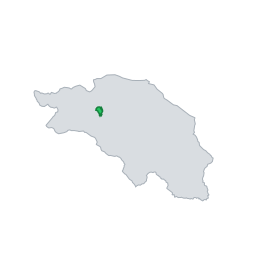 Darxan, Hentiy, Mongolia shown in context, rotated 202°
{"feature_id": "93677404B15317120732328", "entity_name": "Darxan", "entity_type": "district", "adm_level": 2, "iso_a3": "MNG", "parent_name": "Mongolia", "parent_adm1": "Hentiy", "projection": "orthographic", "projection_center": [109.184, 46.592], "detail": "fine", "context": "in_parent", "style": "filled", "palette": "green", "viewbox_px": 256, "rotation_deg": 202, "n_neighbors": 0, "source": "geoboundaries", "source_scale": "gbopen_adm2", "svg_char_len": 4237}
<svg xmlns="http://www.w3.org/2000/svg" viewBox="0 0 256 256"><g transform="rotate(202 128 128)"><path d="M28.6,90.5L29.3,90.7L30.6,90.1L31.0,89.0L31.5,88.4L34.2,88.8L35.2,89.5L35.6,88.8L35.8,88.8L36.3,89.5L37.0,89.4L37.5,89.3L38.1,88.5L38.9,88.9L40.7,88.3L41.1,86.5L41.8,86.3L43.2,86.3L43.6,85.5L43.9,85.4L44.9,85.4L46.9,84.9L47.7,85.1L48.5,84.4L50.3,83.8L52.6,83.8L52.9,83.4L55.4,82.3L57.7,82.7L58.6,81.4L58.9,81.4L60.1,83.4L60.8,83.3L61.2,82.7L62.2,82.9L62.3,84.2L62.7,84.7L69.3,86.5L69.5,87.0L69.3,89.8L70.3,91.3L70.5,91.9L72.4,92.1L73.3,93.3L74.9,93.5L75.7,94.0L77.5,93.3L77.8,93.4L78.3,93.9L79.1,93.7L80.4,94.9L81.6,94.9L82.1,95.4L82.8,95.2L84.4,95.7L85.5,97.3L86.5,97.4L87.7,96.6L88.1,96.0L89.7,95.9L90.7,95.4L91.4,94.9L92.6,92.9L93.1,90.7L92.4,90.3L91.8,89.5L91.6,88.2L91.6,87.4L91.1,86.1L91.2,85.5L91.8,84.5L92.3,82.8L93.0,81.9L94.1,81.5L94.4,80.8L95.2,79.6L97.0,79.1L98.2,77.7L98.9,76.3L99.6,77.2L101.6,78.5L103.4,79.2L104.4,80.4L107.6,81.1L112.6,84.2L113.8,84.2L116.8,85.6L117.1,86.0L116.9,87.9L117.1,88.5L117.0,90.6L117.5,91.7L117.2,93.0L117.5,93.4L118.2,93.6L119.4,95.0L122.2,96.2L123.0,97.1L125.0,97.8L126.0,97.6L127.7,97.9L128.3,97.8L129.5,96.8L130.2,96.6L134.0,96.0L135.1,95.4L135.8,95.3L138.8,96.1L140.8,97.1L143.8,97.1L145.2,98.3L145.8,99.4L146.9,100.3L151.1,100.8L151.3,101.0L151.2,103.2L151.4,103.6L154.1,106.1L155.4,106.8L159.2,106.7L165.2,108.2L166.7,107.7L167.9,108.5L168.4,108.4L172.3,106.3L172.9,106.4L176.9,105.5L179.4,104.4L181.3,104.4L182.8,103.4L183.4,101.7L185.8,99.5L190.1,96.7L192.8,96.9L194.5,97.7L196.2,99.4L197.2,99.8L199.0,99.8L201.4,98.4L202.8,98.6L204.1,99.0L205.0,99.8L201.8,109.6L201.8,110.1L200.7,112.2L200.8,115.3L199.2,116.6L199.6,118.3L200.0,119.0L202.0,120.6L202.5,120.3L203.0,119.5L203.9,118.8L205.7,118.8L207.3,118.3L209.3,118.8L211.2,120.0L213.6,116.6L215.9,115.9L218.2,116.1L220.1,118.0L222.2,118.8L222.9,119.9L223.8,120.3L224.1,120.9L226.9,123.0L227.6,124.6L228.4,125.6L228.6,126.8L228.5,127.4L227.5,128.1L224.0,128.3L221.8,127.4L221.1,128.2L218.4,128.2L216.9,128.9L215.9,129.5L215.4,130.3L214.9,130.5L214.5,130.5L213.6,130.0L212.9,130.1L212.7,130.3L212.4,132.3L210.1,132.5L209.3,132.4L207.4,133.5L207.2,134.3L206.3,135.4L205.5,137.5L205.8,138.4L205.5,138.9L203.9,140.2L202.3,141.9L198.9,142.8L197.3,143.1L196.1,142.8L194.9,143.1L194.1,145.0L191.9,147.3L188.7,149.7L182.7,148.7L182.0,148.4L180.7,147.1L177.2,147.1L176.2,148.1L175.4,149.5L174.0,153.9L175.5,156.3L177.1,157.9L177.8,159.0L177.9,160.0L176.8,160.5L175.3,162.2L171.6,163.7L167.4,169.2L160.0,172.5L155.4,172.7L151.8,172.4L141.9,173.7L135.4,176.2L130.5,178.4L129.4,179.6L128.9,179.7L128.1,179.2L125.5,178.9L125.6,176.9L120.0,177.7L115.6,174.9L109.3,173.0L108.1,172.3L106.1,169.4L105.0,168.9L102.2,168.5L94.6,166.5L90.9,167.1L75.6,162.8L69.9,162.6L69.7,162.3L69.6,160.5L67.4,157.4L67.1,156.7L67.2,155.7L65.9,150.0L64.7,148.9L65.3,146.7L63.2,146.5L61.2,145.3L59.1,143.2L58.3,141.8L56.7,141.3L55.2,138.7L54.3,138.2L49.8,136.3L47.4,136.1L45.0,134.9L42.1,134.2L41.3,133.5L40.4,133.4L39.0,132.1L37.8,132.0L37.2,128.6L37.9,126.8L38.7,125.8L40.4,124.4L40.5,123.8L40.3,122.1L41.7,119.5L41.8,117.8L41.6,115.7L40.7,115.0L40.0,112.0L40.1,109.9L39.8,108.4L38.7,107.2L38.5,105.8L38.1,105.7L37.7,106.0L36.9,105.9L36.2,105.0L36.0,104.0L35.6,103.6L34.7,103.4L33.7,103.6L32.9,103.2L32.3,102.2L30.6,100.4L30.8,99.5L30.7,98.8L30.1,98.4L29.7,97.6L27.9,96.3L28.0,95.9L28.8,95.1L27.7,93.9L27.4,92.9L28.5,92.1L28.4,91.2L28.6,90.5Z" fill="#d9dde1" stroke="#a8b0b8" stroke-width="1"/><path d="M159.4,129.3L159.2,129.3L159.2,129.2L158.9,129.1L158.7,129.0L158.6,128.9L158.6,129.0L158.6,128.9L158.4,128.9L158.3,129.0L158.2,129.0L157.9,129.2L157.8,129.3L157.7,129.3L157.4,129.3L157.4,130.5L158.1,130.3L158.4,130.1L158.5,130.3L158.3,130.6L158.2,131.2L158.1,131.6L158.0,131.8L158.0,132.7L158.0,133.1L157.8,133.7L158.1,134.4L158.8,134.7L158.9,135.3L158.7,135.4L159.9,136.6L159.8,135.6L160.0,135.7L160.3,135.7L160.5,135.6L160.8,135.8L160.9,136.4L160.8,136.9L161.3,136.9L162.3,136.8L163.5,136.2L163.8,136.0L164.0,135.8L164.4,135.1L164.4,134.3L164.7,133.8L164.5,133.6L164.5,132.5L163.7,132.5L163.2,132.6L162.5,132.5L161.3,131.3L161.0,131.1L160.4,130.8L159.9,130.8L159.5,129.8L159.5,129.5L159.4,129.3Z" fill="#22c55e" stroke="#15803d" stroke-width="1.5"/></g></svg>